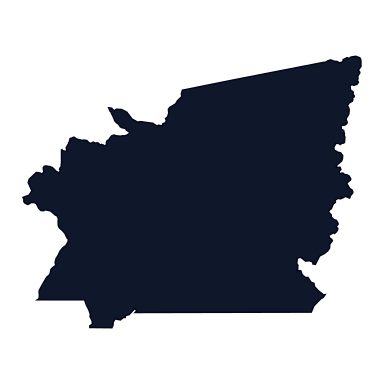 Idaho, Idaho, United States of America (Natural Earth projection)
{"feature_id": "52423323B84985058746573", "entity_name": "Idaho", "entity_type": "district", "adm_level": 2, "iso_a3": "USA", "parent_name": "United States of America", "parent_adm1": "Idaho", "projection": "natural_earth1", "projection_center": [-115.719, 45.888], "detail": "fine", "context": "isolated", "style": "filled", "palette": "ink", "viewbox_px": 384, "rotation_deg": 0, "n_neighbors": 0, "source": "geoboundaries", "source_scale": "gbopen_adm2", "svg_char_len": 5847}
<svg xmlns="http://www.w3.org/2000/svg" viewBox="0 0 384 384"><path d="M311.3,312.1L313.9,305.8L320.9,298.6L323.1,297.5L325.1,294.7L323.6,294.9L318.5,290.9L314.5,286.7L313.9,283.3L311.0,282.2L307.9,277.4L305.5,277.6L302.1,274.7L300.8,270.8L297.5,270.5L297.9,265.3L296.7,263.5L297.4,257.9L301.0,257.4L305.6,261.1L309.5,260.7L312.9,262.1L312.9,263.9L315.3,264.4L319.6,256.0L324.6,253.4L327.8,250.7L329.6,248.0L329.7,244.6L330.2,243.5L332.4,240.8L331.5,239.1L330.2,238.6L328.9,236.5L328.9,235.5L329.2,235.1L332.7,233.2L333.5,232.9L334.6,233.4L336.5,231.7L337.6,230.0L337.7,228.2L336.4,227.4L336.5,226.3L338.2,224.0L337.3,221.9L336.0,220.2L334.2,219.8L331.4,217.2L331.2,214.8L328.4,211.8L329.9,209.6L331.3,208.7L333.4,203.8L335.4,202.4L335.1,201.4L335.4,200.1L337.1,198.8L338.8,198.4L340.2,198.8L341.4,198.5L343.1,197.7L345.2,196.4L347.5,197.1L349.4,198.1L349.8,197.9L350.3,195.9L352.7,192.9L352.8,191.7L351.7,189.6L350.5,189.2L349.3,187.8L346.8,183.6L346.7,183.2L347.2,182.9L347.8,182.1L348.8,181.5L349.4,180.7L350.4,180.1L350.7,179.1L350.5,178.2L349.7,177.4L349.4,176.3L346.8,174.7L344.3,174.5L343.3,173.3L342.0,173.0L341.1,173.6L340.2,173.7L339.1,172.3L339.5,171.0L340.9,169.5L340.0,167.2L338.2,167.5L336.4,167.1L336.6,165.4L338.0,164.2L341.7,160.9L342.4,158.8L342.7,155.6L340.7,152.9L338.2,152.3L334.3,150.2L333.7,147.7L335.7,143.5L338.6,143.3L340.1,144.5L342.1,143.2L343.7,143.1L344.5,142.2L344.9,137.2L344.0,134.8L344.5,134.0L343.6,130.5L341.4,129.2L341.1,126.0L341.8,125.0L343.4,125.4L345.1,124.9L345.9,124.4L347.0,123.2L347.2,122.4L346.1,119.4L346.3,118.4L348.8,114.1L349.2,109.8L349.0,108.7L347.5,105.2L349.5,102.7L352.3,101.2L352.7,100.3L352.8,97.4L354.3,96.7L354.0,95.4L352.8,94.1L353.3,92.5L352.8,91.4L351.3,90.9L350.5,89.6L350.0,85.9L350.4,85.2L352.6,84.7L353.9,85.3L357.0,84.3L358.4,82.2L357.4,80.5L358.0,78.5L357.7,76.8L358.7,74.5L359.7,73.1L359.8,72.1L358.3,70.2L361.0,66.3L360.9,60.8L360.6,59.0L359.6,57.7L355.8,56.3L351.1,57.0L349.9,57.9L348.9,58.3L347.0,57.7L343.1,59.7L343.2,61.0L341.6,62.4L339.3,62.7L336.8,61.4L334.3,61.3L330.7,59.9L327.7,60.9L325.7,62.2L324.3,62.4L323.8,62.3L234.6,79.7L182.4,90.2L181.3,94.1L182.0,96.4L177.6,100.6L175.6,103.9L169.6,107.5L168.4,109.4L168.8,113.1L167.6,116.8L165.6,118.6L166.4,120.8L165.2,122.9L162.9,123.7L162.2,125.9L158.4,125.2L157.3,126.2L152.7,123.3L140.4,121.6L137.8,122.2L132.1,119.1L126.7,112.1L121.6,109.5L116.4,109.2L114.0,110.9L111.7,108.2L108.7,107.8L109.3,109.3L109.8,110.8L111.0,111.9L111.5,113.4L111.8,114.1L112.6,115.3L113.4,117.4L114.3,119.2L114.6,120.5L116.4,122.7L117.6,123.4L119.1,124.9L120.2,126.7L121.9,127.7L123.4,128.0L125.6,128.5L126.4,130.1L127.7,130.9L129.0,131.9L129.8,132.6L129.7,133.4L129.2,133.6L128.5,134.1L127.6,134.6L126.7,135.2L125.4,135.6L124.3,135.9L123.4,135.8L122.5,135.7L122.0,135.9L121.1,136.1L120.0,136.2L118.4,136.0L116.6,135.8L115.3,135.6L114.6,135.1L113.3,135.2L112.7,135.5L111.7,135.8L111.1,136.5L110.7,137.1L109.8,138.1L109.4,138.9L109.1,139.6L108.6,140.0L107.9,140.2L107.4,140.6L106.7,141.4L106.4,142.6L106.5,143.5L106.2,144.9L105.7,145.6L105.3,145.8L104.5,145.8L103.2,145.0L102.4,144.8L101.5,144.4L100.6,144.8L99.9,144.6L99.2,144.2L98.8,143.5L98.0,143.0L97.0,142.8L96.3,143.1L95.4,143.2L94.0,142.4L93.0,142.2L91.9,142.9L90.7,143.4L90.0,143.2L89.1,142.8L88.7,142.4L88.0,141.8L87.5,141.2L86.9,140.6L86.4,140.4L85.6,140.4L84.8,140.2L83.9,140.1L83.3,140.2L82.7,140.2L81.8,140.3L81.1,140.3L80.4,139.9L79.8,139.7L79.2,139.7L78.5,139.6L77.6,139.3L76.9,139.1L76.1,138.7L75.6,138.3L74.9,137.7L74.5,137.4L73.9,137.3L73.2,137.3L72.7,137.7L72.2,138.0L71.6,138.3L71.2,138.3L70.8,138.2L70.2,138.5L70.0,138.8L69.9,139.3L69.8,140.2L69.5,140.7L69.5,141.6L69.1,142.3L68.6,142.8L68.6,143.5L68.4,144.0L68.2,144.5L67.6,145.1L67.3,145.7L67.1,146.4L66.6,146.9L66.3,147.4L66.5,147.9L66.5,148.6L66.3,148.8L66.4,149.1L66.6,149.3L66.8,150.0L66.8,150.6L66.5,151.1L66.1,151.3L65.3,151.2L64.7,151.1L64.1,151.0L63.6,151.0L62.8,150.7L62.4,150.3L62.0,150.0L61.9,149.7L61.5,150.0L61.5,150.7L61.5,154.8L61.5,158.2L61.5,160.5L61.5,162.2L61.5,163.7L61.2,164.4L61.2,164.8L61.4,165.4L61.4,165.8L61.2,166.1L61.0,166.5L60.9,167.1L60.3,167.6L60.1,168.1L59.8,168.6L59.6,169.3L59.9,170.0L60.1,170.8L59.9,171.7L59.4,172.3L58.7,172.5L58.2,172.6L57.6,172.2L57.1,171.7L56.5,171.5L55.8,171.1L55.2,170.5L54.7,169.9L54.4,169.4L53.5,168.7L52.9,168.1L52.5,167.6L51.7,167.3L50.8,167.0L49.9,166.5L48.9,166.3L48.4,166.5L48.0,166.6L47.5,166.4L47.1,166.0L45.7,166.0L44.2,166.3L43.2,167.7L43.5,169.9L43.9,171.6L43.4,172.6L42.8,173.3L41.9,173.8L41.1,173.7L40.0,173.0L38.1,172.6L37.1,172.6L36.5,172.5L35.9,172.9L35.8,173.0L29.3,179.1L28.2,182.5L31.9,190.8L29.1,195.1L23.0,197.4L23.6,198.5L23.9,199.5L24.0,200.2L23.8,200.8L23.8,201.3L23.9,201.6L24.6,202.8L27.3,204.3L27.8,204.4L28.4,204.2L29.0,203.9L29.8,203.4L30.4,202.9L31.0,202.6L33.8,202.5L34.3,202.6L34.8,202.8L36.2,203.5L36.3,203.7L37.7,206.1L38.7,208.3L40.7,210.3L41.5,210.6L43.3,210.7L44.2,210.4L44.7,210.0L45.2,209.8L48.9,210.5L50.6,210.9L52.7,212.8L55.2,215.0L56.0,215.3L56.6,215.4L56.9,215.7L58.2,218.1L58.4,218.6L58.1,222.0L58.3,225.1L58.4,226.0L59.4,227.8L60.0,228.5L61.6,229.7L64.0,232.3L64.9,233.3L65.7,235.0L66.3,236.5L67.4,238.4L68.0,238.8L68.3,239.2L68.2,241.5L65.7,245.8L65.6,246.0L64.6,246.4L62.8,247.8L60.0,251.3L58.3,255.0L57.2,256.9L56.5,257.6L55.8,259.5L55.1,262.7L55.1,262.8L55.6,264.1L55.6,265.8L54.7,266.1L54.4,266.3L52.7,267.6L52.0,268.3L51.0,269.3L50.5,272.0L49.8,274.6L46.8,277.1L45.7,278.9L42.0,285.3L39.2,290.5L39.1,291.7L39.4,294.6L39.4,296.1L39.3,297.1L39.1,298.3L38.9,298.6L38.2,299.3L37.4,299.8L84.6,299.8L86.3,304.8L88.8,309.7L90.4,314.3L90.0,316.5L92.2,320.9L92.4,324.1L89.9,325.7L89.8,327.5L111.9,327.7L113.1,324.9L113.0,322.6L115.0,318.9L120.5,319.9L123.0,317.7L125.1,317.5L125.5,315.6L129.1,314.6L135.0,308.3L136.6,311.0L135.1,312.5L269.1,312.2L311.3,312.1Z" fill="#0f172a" stroke="#020617" stroke-width="1.5"/></svg>